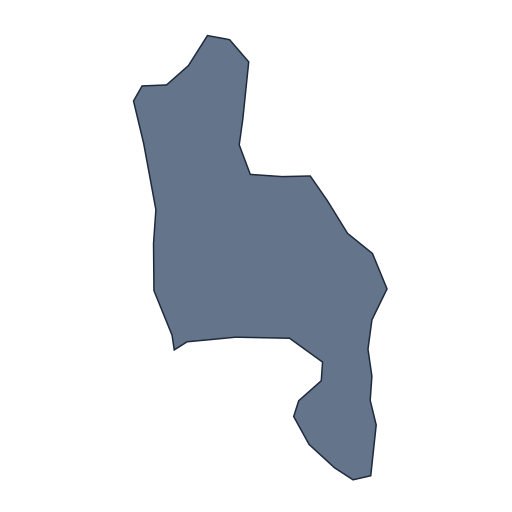 Vellinge, Skåne, Sweden (Robinson projection), rotated 274°
{"feature_id": "70781695B48074135992982", "entity_name": "Vellinge", "entity_type": "district", "adm_level": 2, "iso_a3": "SWE", "parent_name": "Sweden", "parent_adm1": "Skåne", "projection": "robinson", "projection_center": [13.015, 55.472], "detail": "fine", "context": "isolated", "style": "filled", "palette": "slate", "viewbox_px": 512, "rotation_deg": 274, "n_neighbors": 0, "source": "geoboundaries", "source_scale": "gbopen_adm2", "svg_char_len": 657}
<svg xmlns="http://www.w3.org/2000/svg" viewBox="0 0 512 512"><g transform="rotate(274 256 256)"><path d="M232.3,389.0L266.6,372.0L284.9,345.8L316.2,323.3L339.6,304.5L337.0,276.4L337.0,244.6L365.7,231.5L391.7,233.3L449.1,235.2L469.9,214.6L470.4,210.9L472.5,192.2L441.2,175.3L420.4,154.8L417.7,130.5L405.4,124.6L402.1,123.0L360.4,136.1L295.2,152.9L261.4,152.9L214.4,156.6L171.1,177.8L156.6,181.0L165.6,193.2L173.6,241.3L176.3,295.2L154.8,329.8L136.1,329.8L114.6,308.7L98.5,304.8L71.7,322.1L50.2,349.1L39.5,368.4L44.8,385.8L95.8,387.7L119.9,380.0L144.1,380.0L170.9,374.2L200.4,376.1L232.3,389.0Z" fill="#64748b" stroke="#1e293b" stroke-width="1.5"/></g></svg>